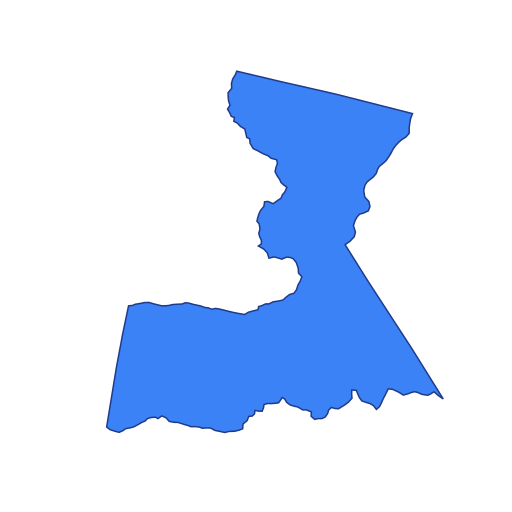 Anapurus, Maranhão, Brazil (Mercator projection), rotated 76°
{"feature_id": "56859067B68059886340931", "entity_name": "Anapurus", "entity_type": "district", "adm_level": 2, "iso_a3": "BRA", "parent_name": "Brazil", "parent_adm1": "Maranhão", "projection": "mercator", "projection_center": [-43.097, -3.562], "detail": "fine", "context": "isolated", "style": "filled", "palette": "blue", "viewbox_px": 512, "rotation_deg": 76, "n_neighbors": 0, "source": "geoboundaries", "source_scale": "gbopen_adm2", "svg_char_len": 3271}
<svg xmlns="http://www.w3.org/2000/svg" viewBox="0 0 512 512"><g transform="rotate(76 256 256)"><path d="M256.8,153.7L250.0,154.1L245.5,151.2L242.4,148.3L240.5,145.4L240.4,141.7L239.4,136.1L235.4,133.4L230.4,133.3L225.1,136.2L218.7,135.7L213.7,133.2L211.2,130.5L209.4,126.9L207.8,123.2L204.9,119.3L201.4,117.1L198.9,114.7L197.4,111.4L195.1,106.9L192.5,103.9L189.1,100.3L185.6,97.3L183.0,94.3L180.3,90.3L178.4,86.5L176.8,81.7L174.0,77.7L168.2,76.2L163.5,74.3L160.0,72.7L155.7,69.7L118.2,139.5L92.3,190.7L72.0,230.0L75.1,232.2L78.6,235.8L82.7,238.1L87.4,239.0L90.8,243.6L94.8,244.5L98.9,245.1L103.4,244.8L106.6,248.1L110.6,246.9L114.5,246.2L116.5,243.4L119.9,245.0L122.5,242.0L126.5,239.8L130.0,236.2L135.0,236.2L138.7,236.3L140.9,233.8L145.1,234.5L151.2,232.7L154.2,229.0L158.1,224.8L161.9,219.8L164.7,217.9L167.6,212.7L171.3,212.8L174.9,215.2L178.8,217.1L183.8,215.9L187.4,214.5L190.6,214.0L193.4,212.2L196.9,209.4L201.1,212.8L202.8,215.4L206.0,217.8L207.2,221.3L209.4,226.7L205.9,231.3L205.5,234.6L209.7,236.3L212.7,240.3L215.7,242.9L219.5,245.2L222.5,246.7L225.5,245.2L230.8,245.6L234.6,247.8L238.1,247.8L242.0,247.0L245.5,247.8L246.9,251.3L250.9,247.0L255.7,244.2L261.2,244.0L261.3,238.6L263.2,235.1L265.3,231.7L264.5,226.4L265.8,223.0L267.6,220.6L272.1,218.5L278.1,218.0L282.9,218.9L287.2,216.5L291.1,219.2L294.2,222.2L298.7,225.0L301.3,228.2L301.5,232.9L303.2,236.6L305.2,240.7L305.1,245.2L304.6,250.5L305.6,255.0L304.8,258.3L305.6,262.4L305.7,265.7L308.6,267.0L308.6,271.9L308.7,276.9L310.0,281.2L307.9,286.0L305.5,291.2L302.8,296.4L300.5,300.7L298.4,304.7L297.0,308.2L297.0,311.6L294.7,315.0L293.6,318.0L291.0,321.9L289.4,325.2L287.8,328.5L285.6,332.3L284.2,335.8L284.7,339.3L283.8,343.8L282.9,348.8L282.9,352.6L282.4,355.6L281.6,359.4L279.9,362.6L277.9,366.4L275.1,371.3L274.2,375.5L274.0,380.5L273.6,384.7L274.1,387.7L273.5,391.7L301.0,405.0L308.1,408.2L330.1,418.3L385.8,442.3L389.3,439.5L392.0,435.1L394.0,431.5L393.3,427.5L392.0,424.0L392.3,419.6L392.2,416.0L391.1,411.3L389.8,407.0L389.3,403.5L387.6,400.9L387.3,397.1L388.0,392.7L390.0,390.5L388.4,386.0L391.3,382.4L395.5,380.2L397.6,375.6L398.6,372.0L400.8,368.4L402.4,365.9L403.9,363.1L405.8,360.6L407.0,355.8L408.3,352.3L410.1,349.8L410.9,345.3L411.9,341.8L415.3,338.0L417.9,332.6L419.7,329.0L419.7,324.7L420.9,319.0L420.9,314.3L420.4,310.7L415.8,309.2L413.7,304.6L409.9,301.8L410.4,298.5L408.9,295.7L405.6,294.3L407.1,291.1L408.1,287.6L405.1,285.4L402.1,284.2L401.9,280.6L402.9,276.8L403.6,272.6L403.9,269.6L401.9,267.2L399.6,264.8L401.9,262.6L405.2,261.8L408.7,259.0L411.1,255.1L412.4,252.3L414.4,250.1L416.7,247.8L417.4,244.5L420.7,240.0L424.8,241.3L428.7,238.6L428.8,235.1L429.7,231.5L429.0,227.8L426.2,224.6L423.0,222.8L421.2,219.5L423.0,216.4L424.2,213.0L422.0,206.0L420.2,201.7L417.1,197.2L413.5,196.7L409.1,195.4L410.7,191.1L414.7,190.6L418.4,189.9L422.2,188.4L424.5,184.9L426.8,181.1L429.5,178.3L434.0,176.3L432.1,172.7L429.2,170.1L425.3,167.1L422.4,164.5L419.7,162.2L416.9,159.8L418.5,155.6L422.7,150.4L426.6,146.7L426.5,141.8L426.0,138.5L426.1,134.7L428.0,131.4L430.3,128.7L431.5,125.9L432.7,122.9L432.0,119.6L430.8,116.1L435.6,112.8L440.0,108.9L382.3,127.6L348.8,139.2L306.7,153.7L266.6,166.8L264.3,161.0L261.1,156.0L256.8,153.7Z" fill="#3b82f6" stroke="#1e3a8a" stroke-width="1.5"/></g></svg>